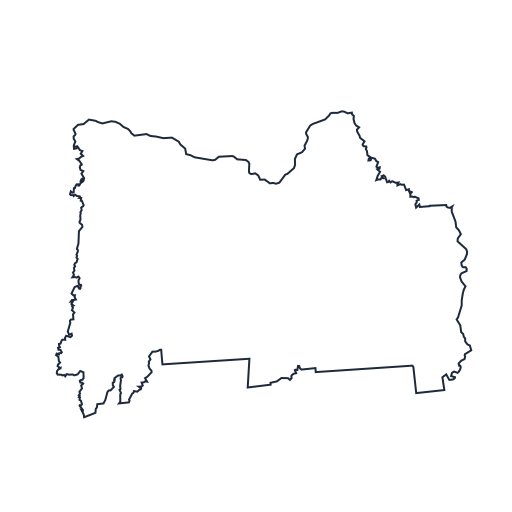 the district of Puerto Quito, Pichincha, Ecuador, rotated 84°
{"feature_id": "8360857B71791990485840", "entity_name": "Puerto Quito", "entity_type": "district", "adm_level": 2, "iso_a3": "ECU", "parent_name": "Ecuador", "parent_adm1": "Pichincha", "projection": "orthographic", "projection_center": [-79.239, 0.156], "detail": "fine", "context": "isolated", "style": "outline", "palette": "slate", "viewbox_px": 512, "rotation_deg": 84, "n_neighbors": 0, "source": "geoboundaries", "source_scale": "gbopen_adm2", "svg_char_len": 6078}
<svg xmlns="http://www.w3.org/2000/svg" viewBox="0 0 512 512"><g transform="rotate(84 256 256)"><path d="M197.4,426.6L201.2,426.7L203.7,428.0L204.7,427.8L206.8,425.7L208.9,425.6L212.8,429.5L225.1,431.3L230.2,433.4L231.3,432.6L232.8,432.7L236.0,434.4L237.1,433.9L238.8,434.7L240.3,433.7L243.4,435.1L244.5,436.9L245.7,437.6L247.3,437.0L248.8,438.3L251.6,438.1L253.3,439.7L255.8,439.0L258.0,440.8L258.0,438.5L258.7,436.5L257.9,434.9L258.9,434.0L259.8,433.8L261.5,435.0L264.0,435.3L266.2,434.6L266.4,433.1L267.1,432.9L268.3,433.9L269.4,433.8L270.3,434.5L269.9,435.3L267.0,436.5L267.9,439.6L274.1,443.4L276.1,441.7L276.1,440.2L277.8,440.7L280.5,439.7L280.6,443.7L281.9,444.9L281.7,442.6L284.4,444.6L286.2,442.7L286.6,444.2L288.4,443.5L290.7,444.7L293.3,442.5L295.0,444.1L299.9,444.2L299.9,446.7L300.9,447.8L303.1,447.7L311.5,451.1L314.7,450.1L314.0,447.5L316.0,447.3L317.3,449.0L315.5,453.1L317.5,454.5L319.4,454.5L319.0,457.1L319.5,458.0L322.7,459.6L322.8,461.1L324.8,461.2L326.2,460.6L326.6,462.5L328.6,462.2L328.9,460.3L331.5,459.2L332.2,460.0L332.1,461.9L333.2,462.2L332.2,464.4L333.6,465.2L335.5,463.1L339.8,463.0L341.6,462.0L343.3,464.3L344.9,464.8L345.4,463.9L346.9,463.4L346.7,462.0L347.3,462.2L348.1,464.5L349.6,465.8L351.6,466.4L353.2,465.7L353.7,462.1L354.5,461.0L354.2,459.3L355.7,458.3L353.7,456.7L354.5,454.3L354.7,450.6L355.7,449.2L355.1,445.8L352.0,442.8L353.6,439.8L359.4,440.2L360.9,441.5L361.2,443.6L361.8,444.3L363.5,443.9L363.9,442.0L364.9,441.2L366.5,443.4L369.5,442.9L372.6,445.8L374.4,445.4L376.0,446.8L376.6,446.0L377.8,446.9L378.3,445.9L380.6,446.6L381.7,445.2L385.2,444.6L386.2,445.5L386.0,446.9L386.5,447.1L391.1,444.2L392.2,444.5L391.5,445.5L395.6,443.9L398.4,443.8L395.2,432.1L391.2,431.3L390.1,430.1L386.8,429.3L386.7,423.1L383.4,420.9L375.8,418.0L374.4,416.6L374.4,414.6L371.3,411.0L369.6,411.9L367.0,411.7L366.6,410.3L365.5,409.8L364.6,410.1L364.3,409.4L362.8,409.6L360.5,405.8L360.5,402.9L359.9,401.9L361.6,401.2L362.6,401.7L362.5,402.8L363.3,403.5L365.4,403.3L371.1,404.7L374.2,404.7L374.9,405.7L378.2,404.6L379.5,405.5L386.8,406.2L388.3,407.6L388.3,397.7L386.8,396.9L385.6,397.3L379.9,393.5L379.2,392.1L377.6,391.5L378.5,388.2L376.8,385.9L376.5,384.5L375.6,384.1L373.7,386.2L373.9,383.6L373.0,382.2L369.9,383.0L369.9,380.8L369.1,379.4L369.6,377.5L365.9,379.1L364.7,376.7L360.7,372.0L359.3,371.9L356.7,373.7L353.7,374.4L351.5,373.6L349.9,373.7L347.8,371.8L344.7,372.9L340.3,369.0L340.6,365.9L340.1,363.0L339.3,361.6L339.3,360.1L354.0,360.4L357.5,273.3L385.9,278.0L385.5,254.9L383.6,254.8L382.9,248.4L380.0,243.4L380.9,236.8L382.8,235.2L381.1,233.3L379.3,233.5L378.3,232.9L377.1,230.9L376.7,228.3L373.5,229.3L373.2,228.5L373.7,226.8L369.7,225.7L369.9,224.6L372.3,224.0L373.7,222.7L373.7,208.6L377.7,208.7L381.4,111.9L383.0,111.1L409.1,111.0L409.0,82.7L396.1,83.3L393.6,79.2L399.4,76.7L399.4,73.0L398.2,71.0L397.3,70.8L395.8,74.5L392.7,73.3L391.6,71.1L393.2,68.0L392.8,66.9L390.3,64.9L388.0,64.0L386.5,64.3L386.4,65.4L384.0,65.7L381.6,62.9L380.3,59.4L377.9,58.5L376.9,58.9L375.5,58.5L372.3,51.8L367.3,52.7L366.1,54.9L362.7,56.9L359.8,56.6L358.0,57.8L355.2,58.1L353.2,59.9L346.3,60.1L340.1,63.1L338.2,61.5L326.7,56.6L321.3,56.0L314.4,54.1L310.9,52.7L308.1,50.8L302.9,54.2L298.3,55.4L295.8,54.5L294.7,53.4L293.0,48.2L290.7,47.8L289.0,48.7L288.9,51.1L288.3,51.8L286.4,52.5L283.9,52.5L281.4,48.8L276.3,46.1L273.9,45.6L271.2,46.2L262.5,54.0L259.6,53.5L255.7,50.0L251.7,51.5L248.4,53.9L242.6,54.0L232.3,56.7L228.2,56.2L227.2,55.6L228.4,58.1L227.8,60.1L226.8,61.4L225.2,61.5L224.2,77.9L224.6,78.0L224.4,87.9L221.9,88.2L224.6,91.7L221.2,92.1L219.6,90.6L217.8,90.5L217.2,88.3L215.7,88.3L213.6,91.9L214.0,93.1L213.2,94.4L213.2,96.3L211.1,96.0L209.2,96.5L209.3,94.8L208.8,94.4L207.3,97.1L205.6,97.0L206.2,99.8L200.5,101.3L200.3,104.0L199.6,105.0L200.6,108.0L199.3,107.9L197.8,106.7L197.8,109.4L195.9,112.7L196.9,114.6L195.1,115.7L196.3,117.0L196.4,117.9L190.6,119.3L189.1,120.6L189.7,122.6L191.9,121.4L191.6,123.2L192.9,124.2L192.6,126.8L193.1,128.4L188.8,126.5L185.3,123.8L182.5,126.3L182.0,124.0L180.7,123.7L181.0,125.9L179.8,126.9L175.4,124.7L174.2,126.4L171.7,127.5L170.7,129.9L170.7,131.1L172.8,132.0L172.8,134.2L171.3,133.8L169.5,132.0L167.5,134.6L163.3,134.7L161.0,135.6L159.6,134.8L158.6,134.9L158.1,137.3L157.1,138.2L156.2,138.3L153.3,136.1L149.4,140.1L147.4,140.4L142.7,142.4L140.9,142.4L138.8,140.0L136.8,142.7L134.2,144.1L129.8,144.7L127.1,144.0L125.0,145.7L123.4,145.7L123.7,149.9L121.6,153.3L121.1,155.7L122.2,159.9L121.6,165.5L122.0,167.1L124.1,168.8L127.4,173.0L130.6,185.7L131.8,188.3L138.2,193.3L139.7,193.4L143.0,192.0L144.4,192.2L146.6,193.0L151.3,196.2L154.4,196.0L157.6,199.4L159.2,204.6L163.6,207.2L169.4,207.6L172.6,209.1L177.6,216.2L178.1,218.3L185.5,225.1L186.2,228.5L185.1,231.5L185.2,234.6L180.9,239.3L180.6,243.9L176.2,245.3L173.7,248.1L174.1,251.6L173.6,253.0L172.5,254.1L170.4,254.1L163.5,253.0L161.7,253.6L159.5,256.0L157.9,264.6L154.9,267.5L154.1,269.2L153.4,282.6L156.1,286.6L156.3,289.2L151.4,306.8L148.9,310.6L147.4,314.8L141.8,315.2L137.3,319.5L134.2,320.9L129.5,327.2L129.1,336.0L126.8,342.7L125.6,348.5L123.3,352.1L123.6,364.4L120.8,367.2L118.8,368.0L116.3,370.0L113.9,374.2L110.2,377.7L107.8,381.9L106.9,385.8L108.1,395.0L106.1,399.6L104.9,401.0L102.9,407.9L106.8,413.7L106.9,419.2L110.6,424.1L111.3,424.2L115.6,422.7L116.6,423.1L118.0,424.9L120.5,425.0L123.2,423.7L127.1,425.7L130.4,425.8L130.2,423.3L129.0,423.0L128.3,423.7L128.2,422.2L132.4,420.0L133.5,417.7L136.0,419.6L138.4,417.5L139.0,419.5L140.6,421.7L140.9,424.0L142.8,421.8L146.6,419.7L147.2,420.0L147.5,421.2L149.5,422.0L152.1,421.5L153.5,418.9L155.9,421.0L160.7,418.8L163.5,419.9L164.1,420.9L161.4,420.2L161.0,420.8L161.5,421.6L163.2,422.7L164.8,422.6L167.4,424.4L167.5,425.3L166.1,425.4L166.0,426.9L167.9,428.4L169.4,428.9L169.5,430.0L173.8,430.7L173.8,432.1L172.4,433.4L175.1,434.5L176.1,433.8L176.4,431.2L177.2,431.0L176.2,429.5L177.6,427.8L178.3,425.0L179.2,424.7L179.8,425.5L180.1,423.8L182.6,424.5L182.8,423.5L187.3,422.1L188.3,422.6L189.6,424.8L192.2,424.6L194.1,426.1L195.0,425.8L197.4,426.6Z" fill="none" stroke="#1e293b" stroke-width="2"/></g></svg>